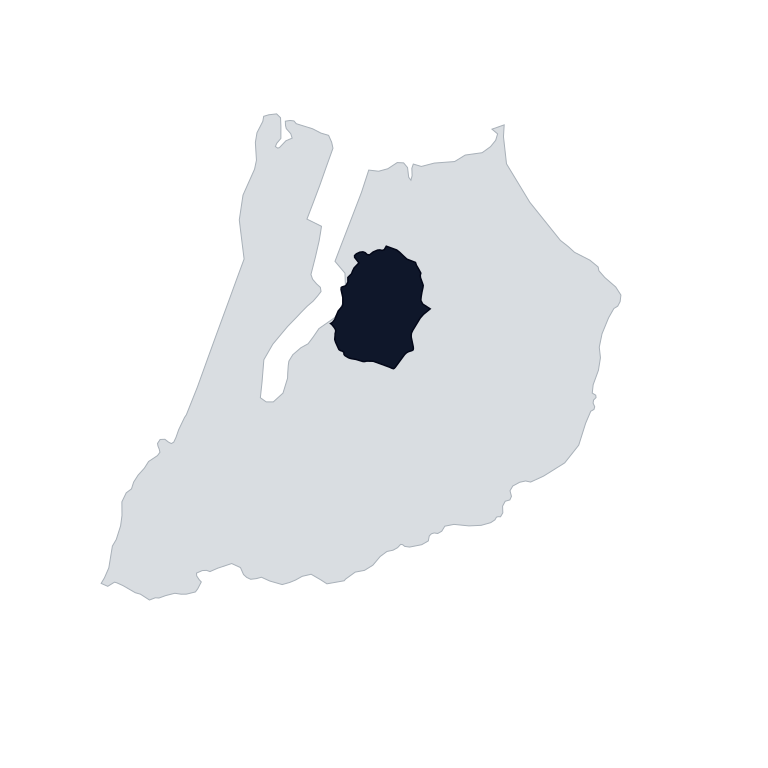 location of Kaffrine within Senegal, rotated 110°
{"feature_id": "SEN-5516", "entity_name": "Kaffrine", "entity_type": "Region", "adm_level": 1, "iso_a3": "SEN", "parent_name": "Senegal", "parent_adm1": "", "projection": "albers", "projection_center": [-15.14, 14.22], "detail": "fine", "context": "in_parent", "style": "filled", "palette": "ink", "viewbox_px": 768, "rotation_deg": 110, "n_neighbors": 0, "source": "natural_earth", "source_scale": "10m", "svg_char_len": 4384}
<svg xmlns="http://www.w3.org/2000/svg" viewBox="0 0 768 768"><g transform="rotate(110 384 384)"><path d="M582.5,354.1L591.3,369.3L589.6,376.7L587.7,387.4L592.7,395.1L598.5,400.1L602.7,404.7L607.3,411.1L608.2,423.9L607.5,433.1L610.5,437.3L613.1,442.5L612.7,446.9L611.1,450.8L605.6,456.1L604.8,465.7L613.9,477.2L619.8,483.4L619.8,487.0L621.5,491.0L625.8,495.5L628.4,494.4L631.2,490.6L632.5,488.0L640.2,489.0L643.9,490.1L649.0,497.7L650.9,502.7L652.2,509.0L657.5,516.8L662.1,522.3L663.1,525.8L667.2,530.5L664.8,541.0L665.2,546.3L662.7,560.4L662.2,567.1L662.4,569.5L668.6,574.4L668.1,581.6L661.8,580.4L650.9,579.7L629.2,583.8L621.7,582.4L607.4,583.0L597.3,585.2L584.4,590.0L574.4,589.0L568.9,585.4L561.8,585.7L553.7,583.9L545.1,580.4L537.3,578.7L528.8,572.4L524.8,571.2L522.0,573.0L519.7,575.1L517.3,576.5L512.7,575.4L510.9,571.0L512.3,566.7L512.7,563.5L510.6,561.7L505.4,561.2L497.1,561.3L483.7,560.0L480.6,559.2L450.6,558.3L419.4,558.4L393.0,558.4L359.7,558.3L336.3,558.3L314.4,558.2L297.6,566.8L279.3,576.1L254.7,581.1L226.4,579.1L217.3,580.4L207.9,584.5L201.0,587.5L191.3,589.3L178.7,587.7L173.6,588.6L170.4,584.3L166.9,577.3L169.2,572.3L176.9,569.1L188.5,564.9L194.5,567.1L198.0,567.3L198.7,564.5L197.6,563.1L188.9,559.3L184.4,554.4L180.7,557.2L177.4,563.2L174.7,565.0L170.8,566.6L168.5,562.5L167.6,558.6L169.4,555.5L168.6,538.3L169.8,529.1L169.3,521.1L174.7,515.9L179.9,512.6L200.1,512.5L218.9,512.3L236.9,512.5L255.4,512.8L257.2,496.7L263.1,495.5L271.8,493.9L288.0,491.9L306.1,490.1L310.0,486.9L313.0,481.6L314.9,476.9L318.6,474.8L323.7,476.4L330.3,478.9L337.2,482.8L345.1,486.4L350.3,488.6L363.0,494.3L384.6,502.1L402.3,505.2L423.8,499.3L439.2,495.5L441.1,488.6L438.7,481.9L427.1,475.8L411.5,476.6L406.6,478.2L399.3,480.3L395.0,481.2L387.6,479.7L378.2,474.4L372.2,469.1L364.0,466.6L354.2,464.1L338.5,453.1L330.3,451.1L322.6,450.5L307.7,452.7L293.2,458.6L285.5,472.0L270.9,471.8L240.0,471.2L211.6,470.7L188.2,471.5L185.9,461.8L180.4,454.0L171.4,447.3L169.5,441.2L172.6,435.9L181.3,431.5L183.3,428.4L178.7,428.8L171.8,431.6L167.3,431.7L166.8,423.3L159.2,412.3L150.8,393.7L141.1,386.0L133.1,370.9L124.6,365.1L116.8,362.4L110.1,362.8L107.6,369.7L99.4,359.7L110.8,356.3L135.2,344.2L163.4,309.1L188.7,267.4L192.0,257.5L195.1,250.0L197.2,232.9L200.8,222.8L204.1,220.8L208.4,213.0L213.6,199.4L219.4,191.8L225.8,190.3L230.9,191.0L234.4,193.8L244.9,195.6L262.3,196.3L275.8,194.3L285.3,189.6L297.8,187.2L313.2,187.2L321.3,185.2L322.1,181.2L324.2,180.1L327.4,181.6L330.4,181.0L333.3,178.2L336.1,178.0L338.9,180.4L351.9,181.1L374.9,180.1L396.3,187.2L415.9,202.5L426.0,212.7L426.7,217.8L430.0,223.0L435.8,228.1L441.2,229.1L446.0,225.8L449.9,226.1L452.7,230.0L458.2,230.8L464.4,228.3L468.9,229.1L469.7,231.5L470.7,232.8L473.7,233.3L477.8,236.3L483.6,244.4L488.3,255.7L492.0,270.3L496.8,278.2L502.6,279.4L506.1,282.4L506.8,285.9L508.5,288.2L511.3,289.5L516.3,288.7L522.1,293.6L528.5,304.2L529.5,309.0L528.6,311.6L529.0,313.5L533.2,315.3L537.1,318.7L540.4,324.0L547.4,328.6L558.1,332.5L565.8,338.6L570.6,346.7L580.5,353.4L582.5,354.1Z" fill="#d9dde1" stroke="#a8b0b8" stroke-width="1"/><path d="M345.5,454.9L343.7,453.5L340.4,452.4L331.0,452.0L325.5,449.9L323.6,449.8L316.8,452.3L309.9,456.7L307.9,457.2L307.1,456.6L305.3,454.2L304.5,453.4L300.5,452.8L296.2,454.4L291.5,452.2L288.8,452.2L285.1,451.8L278.8,449.0L276.8,452.1L275.1,454.9L273.4,455.6L271.1,454.5L268.4,451.8L267.0,449.0L267.0,446.6L268.1,444.2L267.7,441.8L263.7,439.4L260.4,435.9L259.4,433.8L259.1,431.4L257.7,429.7L253.7,429.0L253.7,424.1L253.7,417.9L254.8,414.5L257.1,409.3L258.8,405.2L259.0,396.0L261.4,394.1L263.5,391.5L267.2,387.3L269.5,387.1L271.7,386.0L276.0,382.4L277.9,380.9L280.0,380.4L284.5,379.8L289.4,378.9L292.8,378.0L295.6,375.0L297.6,366.3L305.0,370.7L309.6,372.5L323.6,375.3L326.7,375.6L328.9,375.1L330.7,374.4L338.8,369.4L340.4,368.6L341.9,368.3L343.1,369.2L345.2,372.0L346.9,373.5L349.3,374.7L364.3,379.1L365.7,379.7L366.4,380.3L366.5,381.5L366.5,382.6L366.3,384.0L366.3,401.9L368.4,408.1L369.6,409.9L370.1,411.5L370.5,418.8L371.3,423.0L371.5,424.8L371.5,426.4L370.7,430.4L370.3,431.1L370.0,431.6L369.1,432.1L368.3,432.4L367.9,432.6L367.4,434.4L367.5,436.1L367.3,437.3L367.1,438.0L366.8,438.4L361.4,443.7L359.2,445.4L358.8,445.6L354.6,446.7L353.7,447.1L353.1,447.2L351.9,447.3L350.8,447.5L349.9,447.9L348.6,449.2L347.5,450.8L345.8,453.7L345.5,454.9Z" fill="#0f172a" stroke="#020617" stroke-width="1.5"/></g></svg>